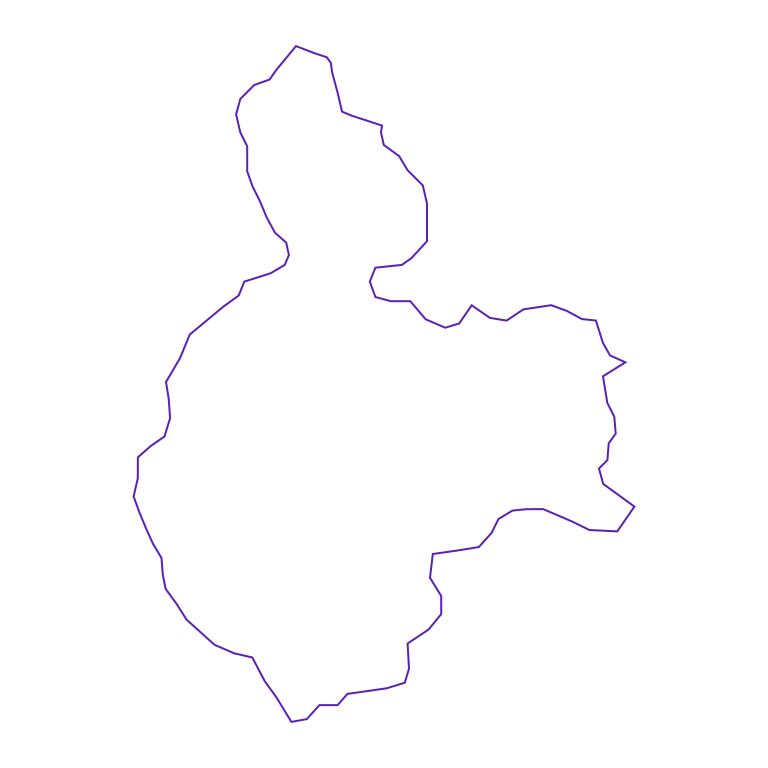 the district of Hapcheon-gun, South Gyeongsang, South Korea
{"feature_id": "91817680B92973690121395", "entity_name": "Hapcheon-gun", "entity_type": "district", "adm_level": 2, "iso_a3": "KOR", "parent_name": "South Korea", "parent_adm1": "South Gyeongsang", "projection": "albers", "projection_center": [128.156, 35.595], "detail": "fine", "context": "isolated", "style": "outline", "palette": "violet", "viewbox_px": 768, "rotation_deg": 0, "n_neighbors": 0, "source": "geoboundaries", "source_scale": "gbopen_adm2", "svg_char_len": 1509}
<svg xmlns="http://www.w3.org/2000/svg" viewBox="0 0 768 768"><path d="M382.0,125.6L351.7,115.7L342.0,111.6L337.8,93.4L332.2,72.6L330.8,62.8L326.7,57.2L314.1,53.1L296.0,46.1L276.5,69.7L269.6,79.5L254.2,85.0L240.3,99.0L236.1,114.3L240.3,132.4L247.2,146.3L247.2,171.4L252.7,186.8L259.7,200.7L266.7,217.4L275.0,232.8L286.2,242.6L288.9,255.1L284.7,264.9L270.8,273.2L244.3,281.6L238.7,295.5L223.3,306.7L189.8,334.5L180.0,358.2L166.0,382.0L168.7,398.7L170.1,418.3L164.5,436.4L150.5,446.2L137.9,457.3L137.8,478.3L133.6,496.5L136.8,505.2L139.2,511.8L146.1,528.6L153.1,544.0L161.5,558.0L162.8,574.8L165.6,588.8L176.8,604.2L186.5,619.6L214.5,644.8L234.1,653.3L252.3,657.5L264.8,681.3L276.0,696.7L291.4,721.9L306.8,719.1L319.4,705.1L337.6,705.1L347.4,693.9L386.6,688.3L404.8,682.7L409.0,668.7L407.6,643.5L428.6,629.5L441.2,614.1L441.2,596.0L430.0,577.8L432.8,554.0L462.1,549.8L478.9,547.0L491.5,533.0L498.5,519.0L512.4,510.6L526.4,509.2L543.2,509.1L572.5,521.7L589.3,530.0L617.3,531.4L634.4,506.6L624.2,499.2L603.2,483.9L599.0,468.5L607.4,460.1L608.7,443.3L615.7,433.6L614.3,416.8L607.3,402.8L603.0,376.3L625.3,362.3L610.0,355.4L602.9,342.8L595.9,320.5L582.0,319.1L566.6,310.8L551.2,305.2L523.3,309.4L506.6,320.6L489.9,317.9L471.7,305.3L459.2,323.5L445.2,327.7L425.7,319.3L410.3,301.2L390.8,301.2L375.4,297.0L369.8,281.6L375.4,267.7L401.9,264.9L411.7,257.9L427.0,241.2L427.0,225.8L427.0,203.5L422.8,185.4L407.5,170.1L399.1,156.1L383.8,145.0L381.0,132.5L382.0,125.6Z" fill="none" stroke="#5b21b6" stroke-width="2"/></svg>